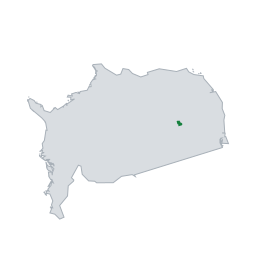 Bannock, Idaho, United States of America shown in context, rotated 165°
{"feature_id": "52423323B14195379184896", "entity_name": "Bannock", "entity_type": "district", "adm_level": 2, "iso_a3": "USA", "parent_name": "United States of America", "parent_adm1": "Idaho", "projection": "orthographic", "projection_center": [-112.285, 42.639], "detail": "fine", "context": "in_parent", "style": "filled", "palette": "green", "viewbox_px": 256, "rotation_deg": 165, "n_neighbors": 0, "source": "geoboundaries", "source_scale": "gbopen_adm2", "svg_char_len": 4282}
<svg xmlns="http://www.w3.org/2000/svg" viewBox="0 0 256 256"><g transform="rotate(165 128 128)"><path d="M204.0,78.0L214.1,70.8L212.9,58.4L217.5,57.7L221.0,63.7L225.4,66.2L222.4,70.2L222.8,71.5L221.4,70.5L221.8,73.5L219.5,77.0L220.5,84.4L223.6,86.0L224.6,84.9L223.7,84.0L224.4,84.3L225.1,85.5L222.0,88.5L220.7,87.5L221.3,89.6L217.3,92.4L215.2,96.6L215.0,95.0L214.3,94.3L214.9,98.1L216.0,98.2L216.9,101.2L216.3,106.1L213.0,105.0L213.4,102.0L212.5,104.4L214.2,106.6L215.8,107.6L216.6,109.2L216.1,116.6L215.5,112.4L211.9,110.0L211.8,105.5L210.1,107.7L213.0,112.9L210.2,112.3L209.5,112.8L209.5,110.7L209.3,110.2L209.1,111.9L209.5,113.1L213.6,113.7L213.3,115.1L211.1,113.8L210.4,113.8L213.1,115.2L214.1,115.3L214.2,116.9L212.7,116.3L215.1,117.7L214.9,118.2L213.7,117.4L211.4,117.9L214.7,118.7L216.3,117.9L219.9,122.2L217.0,119.0L218.4,121.3L215.1,122.3L218.2,123.8L219.1,122.5L218.5,125.5L215.3,126.1L217.5,126.5L216.4,128.4L218.5,128.4L215.4,130.5L214.9,135.1L212.0,137.6L207.8,147.2L206.8,146.7L206.2,154.0L206.4,155.7L208.7,160.1L217.2,172.3L217.4,180.4L215.0,181.9L211.6,178.9L210.4,175.7L205.9,173.2L206.7,171.1L205.0,171.8L204.5,166.5L199.1,163.1L193.0,166.6L191.2,164.0L184.7,165.9L185.3,164.5L184.4,166.0L181.6,167.4L181.1,165.2L181.0,166.9L172.1,169.9L176.1,170.0L175.2,172.5L178.6,173.6L177.3,175.2L173.5,173.4L173.7,175.5L169.0,175.8L166.0,173.8L164.7,175.6L157.7,175.0L154.3,178.8L155.2,177.8L152.9,177.5L152.4,181.4L148.6,184.5L149.5,183.6L146.7,183.8L147.8,184.8L144.8,187.0L144.1,191.2L142.5,190.8L143.9,191.7L144.6,195.3L146.2,197.3L145.3,198.3L137.1,196.8L134.8,191.7L125.4,182.0L121.1,181.9L117.5,186.7L112.2,184.3L109.6,179.5L102.5,174.0L94.8,174.4L94.9,176.7L82.5,177.1L66.5,170.0L56.1,170.5L54.8,166.5L50.6,162.6L41.8,158.9L42.0,156.2L35.7,143.1L36.0,141.8L37.4,143.6L36.7,140.8L39.9,140.9L33.9,140.5L30.2,128.3L32.0,122.3L31.2,115.2L33.3,110.9L35.8,98.2L38.4,98.9L35.5,97.8L36.8,94.5L35.8,94.4L35.0,86.9L41.3,89.0L39.5,92.6L42.0,90.2L41.4,93.4L39.8,94.0L40.9,94.2L42.2,93.1L43.0,89.9L41.9,84.7L133.9,81.1L133.5,79.2L136.0,81.9L146.8,83.0L156.4,79.0L172.5,83.2L173.9,85.2L179.7,87.1L184.2,95.1L183.3,103.3L185.6,104.9L195.5,94.6L193.8,91.7L194.5,90.7L200.7,87.6L204.0,78.0ZM219.2,93.1L220.8,91.7L215.3,97.2L219.5,91.9L219.2,93.1ZM42.0,87.8L42.6,89.9L42.5,90.2L41.5,88.6L42.0,87.8ZM145.9,196.7L144.5,193.7L144.4,191.8L144.8,193.7L145.9,196.7ZM223.0,70.2L223.4,71.1L223.1,71.1L223.0,70.2ZM166.3,174.7L166.6,175.4L165.7,175.0L166.3,174.7ZM45.1,162.4L46.1,162.0L45.1,162.4ZM44.0,162.0L43.6,162.5L43.3,162.0L44.0,162.0ZM223.7,87.7L223.5,88.6L223.3,88.5L223.7,87.7ZM144.8,190.0L144.3,191.6L145.4,188.5L144.8,190.0ZM214.6,168.2L216.2,170.6L214.4,168.0L214.6,168.2ZM50.3,165.3L50.7,166.1L50.2,165.3L50.3,165.3ZM217.9,180.6L217.3,181.8L218.1,179.5L217.9,180.6ZM220.7,123.9L220.4,125.3L220.0,122.4L220.7,123.9ZM41.3,86.0L41.2,86.6L40.9,86.3L41.3,86.0ZM147.9,185.4L146.5,186.4L147.9,185.2L147.9,185.4ZM225.5,87.0L225.8,87.7L225.2,87.8L225.5,87.0ZM50.1,167.5L50.4,168.5L50.0,167.6L50.1,167.5ZM146.2,187.0L145.7,187.5L146.1,186.8L146.2,187.0ZM216.8,110.5L216.6,112.3L216.7,109.9L216.8,110.5ZM153.9,179.6L153.1,180.4L154.3,179.1L153.9,179.6ZM206.5,154.7L206.7,156.0L206.4,155.2L206.5,154.7ZM218.9,128.4L218.7,128.8L219.1,127.5L218.9,128.4ZM195.3,165.5L194.3,166.5L193.9,166.5L195.3,165.5ZM181.2,167.3L181.0,167.6L180.4,167.8L181.2,167.3ZM209.2,176.3L209.6,177.0L209.0,176.2L209.2,176.3ZM178.7,169.9L178.6,170.7L178.3,169.3L178.7,169.9ZM215.9,183.6L215.4,183.9L216.1,183.3L215.9,183.6ZM217.0,101.8L216.9,102.7L216.9,101.5L217.0,101.8ZM219.9,125.8L219.7,126.3L219.9,125.8Z" fill="#d9dde1" stroke="#a8b0b8" stroke-width="1"/><path d="M75.3,117.8L75.3,118.0L75.5,117.9L75.8,117.8L75.9,117.7L76.0,117.8L76.2,118.0L76.2,118.6L76.3,118.6L76.3,118.9L76.4,119.1L76.5,119.1L76.6,119.4L76.7,119.5L76.7,119.8L76.6,120.1L76.8,120.3L77.0,120.4L77.0,120.5L77.0,120.8L76.9,120.9L76.9,121.0L77.0,121.0L77.2,120.9L77.4,120.9L77.4,121.0L77.5,121.1L78.2,121.2L78.2,121.4L78.5,121.4L78.5,120.6L78.6,120.4L78.6,120.2L78.5,119.5L78.4,119.5L78.3,119.4L78.3,119.2L77.9,119.0L77.7,119.1L77.6,118.8L77.6,118.6L77.7,118.4L77.6,118.2L77.7,117.8L77.8,117.8L77.8,117.7L77.9,117.4L75.7,117.4L75.6,117.5L75.6,117.4L75.6,117.5L75.4,117.6L75.3,117.8Z" fill="#22c55e" stroke="#15803d" stroke-width="1.5"/></g></svg>